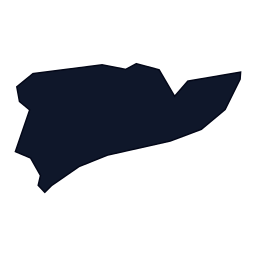 Carrickfergus, Robinson projection
{"feature_id": "GBR-2096", "entity_name": "Carrickfergus", "entity_type": "District", "adm_level": 1, "iso_a3": "GBR", "parent_name": "United Kingdom", "parent_adm1": "", "projection": "robinson", "projection_center": [-5.816, 54.729], "detail": "fine", "context": "isolated", "style": "filled", "palette": "ink", "viewbox_px": 256, "rotation_deg": 0, "n_neighbors": 0, "source": "natural_earth", "source_scale": "10m", "svg_char_len": 409}
<svg xmlns="http://www.w3.org/2000/svg" viewBox="0 0 256 256"><path d="M240.6,72.1L240.1,79.2L225.1,109.5L201.4,129.3L170.3,141.0L107.5,155.1L79.1,166.5L51.6,185.5L44.8,192.3L44.0,191.5L38.2,185.3L40.5,175.5L30.6,158.0L15.4,151.6L29.7,109.9L19.5,101.5L16.8,86.8L33.0,73.6L102.1,64.8L125.7,69.4L136.3,63.7L159.1,69.8L174.6,96.3L187.8,81.1L240.6,72.1Z" fill="#0f172a" stroke="#020617" stroke-width="1.5"/></svg>